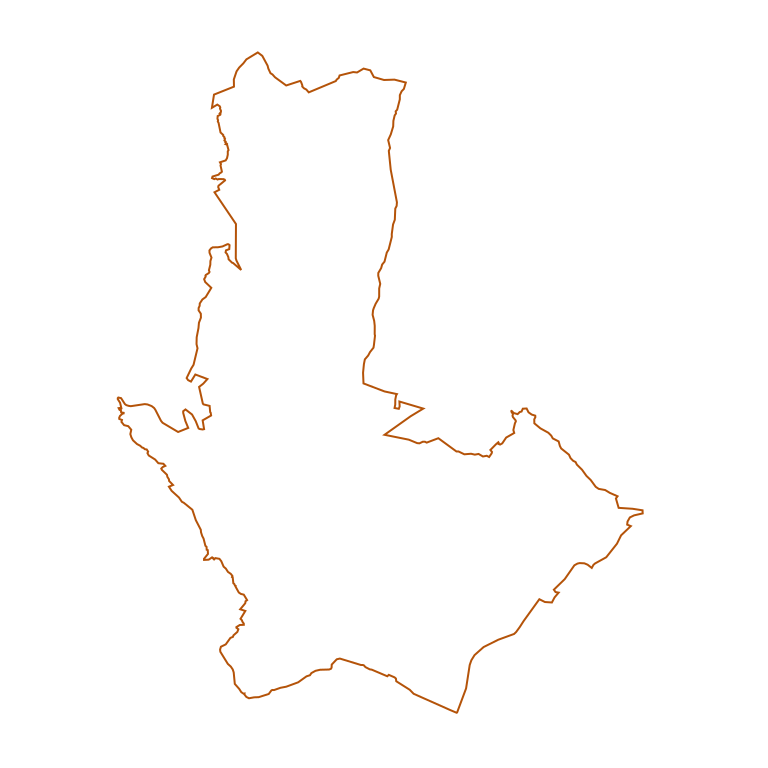 Moraresti, Arges, Romania (Equal Earth projection), rotated 183°
{"feature_id": "2599482B44470613349650", "entity_name": "Moraresti", "entity_type": "district", "adm_level": 2, "iso_a3": "ROU", "parent_name": "Romania", "parent_adm1": "Arges", "projection": "equal_earth", "projection_center": [24.544, 44.995], "detail": "fine", "context": "isolated", "style": "outline", "palette": "amber", "viewbox_px": 768, "rotation_deg": 183, "n_neighbors": 0, "source": "geoboundaries", "source_scale": "gbopen_adm2", "svg_char_len": 6112}
<svg xmlns="http://www.w3.org/2000/svg" viewBox="0 0 768 768"><g transform="rotate(183 384 384)"><path d="M570.3,650.8L565.1,654.3L562.6,652.8L562.0,651.7L562.2,650.4L561.1,648.3L561.1,647.1L562.2,645.6L561.4,645.1L561.6,644.3L564.1,642.9L564.2,640.1L563.5,638.8L563.7,637.4L562.9,636.2L560.4,626.6L557.6,624.3L557.6,623.4L556.2,622.0L556.3,621.2L555.6,620.5L556.1,618.8L554.8,617.8L555.1,617.0L553.7,615.9L554.6,615.2L553.2,614.7L551.5,609.4L552.2,608.2L552.0,604.8L552.6,601.3L553.8,599.0L559.4,596.8L558.3,595.1L558.7,593.7L557.0,587.6L557.3,587.0L559.2,585.7L560.1,584.4L566.1,582.2L566.5,580.6L564.2,579.7L562.8,580.4L560.9,579.5L559.8,580.0L555.0,580.2L553.7,579.7L553.4,579.0L559.6,573.4L559.9,572.0L558.7,569.3L563.3,566.6L540.2,536.0L538.6,501.8L537.8,499.5L532.6,490.4L541.0,496.9L542.1,497.2L545.7,500.4L546.1,502.6L547.7,505.8L549.1,507.1L548.8,509.2L545.6,510.6L545.5,514.6L546.6,515.4L547.7,515.4L552.5,512.9L556.8,511.9L562.2,511.5L563.8,510.4L565.3,508.3L565.1,505.9L562.9,501.2L563.8,497.7L563.7,494.0L564.8,488.4L564.1,486.8L564.8,485.6L567.7,483.5L568.0,482.7L567.7,481.9L569.1,479.3L567.9,476.5L561.5,471.0L566.6,461.5L569.8,458.9L572.2,454.8L572.2,452.4L573.1,450.2L573.0,447.8L570.6,444.6L570.3,440.7L572.0,435.5L572.2,430.1L573.5,420.9L573.3,414.0L572.1,409.9L575.2,393.2L577.3,389.4L581.4,379.6L579.8,377.6L576.9,376.3L572.9,383.6L560.6,379.7L564.5,374.9L568.5,371.4L563.9,355.0L563.2,354.2L557.0,353.0L556.1,346.8L555.6,346.3L555.0,343.5L563.2,338.2L561.3,329.5L562.7,329.1L565.8,329.4L566.8,329.9L570.1,337.1L574.1,343.5L580.9,348.2L583.1,346.3L583.0,344.6L580.4,336.6L577.2,329.9L587.1,325.3L603.1,333.7L604.8,335.6L611.0,346.3L612.3,348.0L614.9,349.8L619.1,351.2L621.9,351.4L635.7,348.6L637.8,348.8L640.2,349.4L641.7,350.4L645.8,356.1L648.6,356.6L649.1,356.0L649.1,355.0L646.6,351.5L644.9,345.8L645.5,344.9L646.6,346.2L647.7,346.0L646.8,344.4L645.3,343.6L645.0,341.9L642.5,341.6L642.5,341.0L643.6,340.7L646.0,338.3L646.7,336.3L646.5,335.2L643.8,334.4L644.2,332.4L641.4,329.3L637.2,328.5L634.0,325.1L634.7,320.7L633.5,317.5L631.7,314.6L627.5,311.1L624.3,309.6L622.1,307.8L620.9,307.6L619.5,306.4L617.5,306.2L616.0,304.1L616.6,302.6L615.2,300.3L608.6,296.6L605.2,293.1L600.1,292.8L598.1,290.8L600.6,289.5L602.0,287.9L601.3,286.6L596.0,282.0L595.5,280.0L593.8,277.6L593.5,275.9L589.4,272.1L593.4,270.2L590.5,266.2L582.8,259.9L579.7,255.8L577.7,254.9L568.8,248.4L564.8,238.2L559.3,228.8L559.0,226.4L557.5,222.5L556.1,220.2L553.9,213.1L552.7,212.1L552.4,209.2L551.3,208.9L550.9,205.1L554.6,200.0L554.5,198.9L549.9,199.4L546.6,201.9L545.0,201.0L545.4,200.7L544.5,199.9L543.2,201.3L539.2,200.8L537.2,198.5L534.6,193.2L532.3,191.4L530.0,188.2L527.1,186.4L525.4,184.5L525.7,183.3L525.0,183.1L524.0,177.1L523.0,176.4L522.3,174.9L521.5,174.5L521.6,173.8L518.1,168.2L516.0,166.9L513.0,166.3L509.4,161.0L510.9,159.8L511.1,157.8L515.8,151.5L510.6,150.1L515.0,142.0L513.4,140.5L513.1,139.4L511.5,137.4L511.4,136.2L515.4,135.8L518.7,133.5L518.6,132.8L516.6,131.5L517.5,128.7L521.2,125.1L521.6,123.6L524.1,122.4L528.4,115.7L533.1,113.1L533.8,110.2L533.4,108.0L525.3,96.3L522.2,93.8L520.1,91.0L519.0,88.1L517.3,76.7L512.6,71.9L510.4,68.8L507.9,67.3L507.1,67.6L507.1,66.6L505.1,64.3L502.4,63.1L497.3,64.3L492.8,64.7L482.9,68.4L480.5,72.0L479.6,72.6L477.8,72.6L471.5,75.2L465.8,76.6L454.1,81.6L446.1,88.0L442.7,89.3L441.4,91.5L437.4,94.0L432.8,95.3L423.9,96.0L422.1,96.8L421.5,98.0L421.5,101.1L416.8,106.6L413.7,107.5L392.4,102.2L390.5,102.3L389.4,102.0L387.7,100.3L383.3,98.3L381.3,98.1L365.4,92.3L364.0,93.8L358.1,91.6L356.7,90.5L356.2,87.8L342.3,80.0L338.2,76.2L301.2,62.0L294.3,59.5L293.8,59.8L286.1,84.3L283.7,107.9L282.3,112.7L279.4,118.0L270.8,126.5L256.5,134.6L241.0,141.2L239.1,143.2L235.7,148.4L232.1,154.7L217.6,177.2L211.9,174.7L204.9,174.6L202.5,179.8L198.7,184.8L201.8,185.2L203.6,187.5L193.3,198.6L184.4,212.9L181.4,214.8L179.2,215.4L174.5,215.4L171.2,214.2L166.9,211.2L165.4,214.3L163.9,215.8L153.0,222.6L143.0,236.7L139.3,245.3L130.1,255.0L133.8,256.3L133.6,259.4L131.5,263.6L127.4,265.9L118.9,268.3L119.2,271.4L129.2,272.4L143.2,272.6L146.4,281.8L144.9,284.1L152.8,287.1L157.6,289.7L164.1,290.5L167.2,292.4L172.6,299.0L177.0,302.8L181.8,308.8L187.2,313.6L188.6,316.1L191.1,317.2L193.8,319.7L195.6,323.1L203.7,328.9L205.1,331.3L206.6,335.8L212.6,338.5L214.3,341.2L217.3,343.9L225.5,347.9L231.8,352.6L232.1,356.6L231.1,358.8L231.3,360.3L234.9,361.2L238.2,363.3L240.3,367.0L244.1,366.6L245.2,363.7L247.0,363.1L249.0,360.9L252.9,361.8L255.7,364.3L254.9,362.2L254.0,361.5L253.7,360.5L254.0,359.0L253.5,357.7L250.6,354.5L250.4,353.5L251.2,351.6L252.4,344.8L251.4,341.9L259.2,336.9L262.8,330.9L264.9,329.6L266.4,330.1L266.3,331.0L266.8,331.8L269.0,329.7L274.3,323.7L272.6,321.8L272.9,320.3L275.2,316.6L277.6,317.7L281.4,316.8L285.9,319.1L289.6,318.2L293.4,318.9L300.1,318.0L306.0,320.5L308.1,320.4L326.9,332.7L338.3,327.7L340.1,328.5L342.2,328.4L345.5,326.6L347.8,326.7L356.3,329.7L380.8,333.3L355.7,353.2L343.5,361.5L367.7,367.3L367.2,362.5L367.9,360.0L372.2,360.6L371.7,363.9L371.9,369.2L371.3,373.3L370.6,374.6L383.1,376.6L404.5,383.5L405.5,394.1L405.1,402.8L404.4,407.6L401.3,411.6L399.6,415.2L396.4,419.7L396.1,422.4L395.5,431.8L395.9,433.2L396.3,441.6L397.1,446.5L399.0,452.5L398.8,457.0L398.2,459.2L396.5,463.8L393.8,468.9L393.4,471.1L393.8,479.2L393.0,483.8L395.4,491.8L395.5,494.6L392.9,499.6L392.1,503.2L389.9,506.2L388.1,515.4L386.4,518.6L383.9,531.3L384.1,534.1L383.3,543.8L381.8,548.6L381.9,559.8L380.7,562.5L380.6,566.1L388.5,598.3L391.4,617.1L390.3,620.0L392.6,627.8L390.3,633.6L388.3,641.7L388.4,647.3L387.4,652.8L386.2,654.7L386.6,656.9L385.2,658.6L383.1,669.1L383.3,673.3L381.7,677.3L379.6,679.7L378.0,686.2L389.5,688.5L399.9,687.6L410.2,690.0L414.1,696.5L420.9,697.9L427.2,693.7L431.1,693.9L444.5,689.8L445.2,687.3L447.2,685.5L448.0,684.0L474.4,671.3L477.0,674.0L479.4,675.1L481.2,676.8L481.2,678.0L482.7,681.4L483.5,682.3L497.3,677.0L508.9,684.6L511.6,687.3L513.6,688.4L516.0,692.9L516.9,695.8L522.7,705.3L527.4,708.5L538.4,701.0L541.2,696.9L545.2,692.4L547.6,688.5L549.9,680.3L549.4,673.1L568.9,664.1L570.3,650.8Z" fill="none" stroke="#b45309" stroke-width="2"/></g></svg>